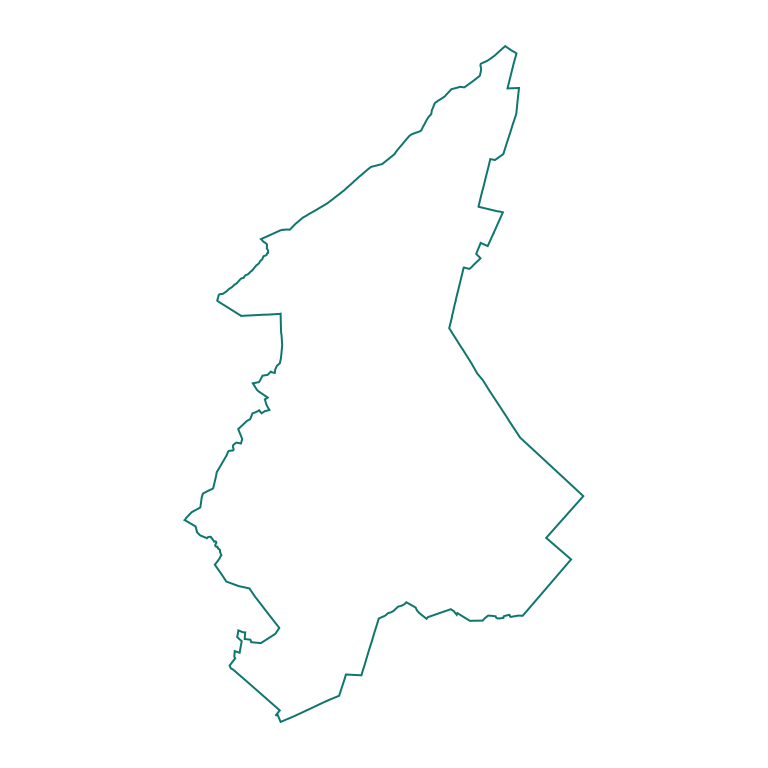 Bērzkalnes pag., Balvu, Latvia
{"feature_id": "27541924B58217597236828", "entity_name": "Bērzkalnes pag.", "entity_type": "district", "adm_level": 2, "iso_a3": "LVA", "parent_name": "Latvia", "parent_adm1": "Balvu", "projection": "mercator", "projection_center": [27.376, 57.121], "detail": "fine", "context": "isolated", "style": "outline", "palette": "teal", "viewbox_px": 768, "rotation_deg": 0, "n_neighbors": 0, "source": "geoboundaries", "source_scale": "gbopen_adm2", "svg_char_len": 6036}
<svg xmlns="http://www.w3.org/2000/svg" viewBox="0 0 768 768"><path d="M509.1,420.9L506.4,416.5L489.1,390.2L483.0,380.4L477.2,373.4L471.2,362.9L462.7,349.4L461.3,347.4L449.2,328.2L452.0,317.0L452.1,315.3L452.7,313.7L454.9,303.6L455.3,302.4L455.8,300.3L455.9,299.4L456.4,297.4L459.8,283.6L463.7,267.5L464.0,267.5L469.2,268.9L469.5,268.9L472.2,266.5L473.5,265.0L480.5,258.3L476.2,253.8L480.7,242.9L487.7,246.1L493.3,233.7L493.6,233.5L493.5,233.3L494.9,230.2L502.9,212.3L499.0,211.4L497.8,211.4L478.6,206.8L478.5,206.5L482.5,190.1L482.7,189.7L483.2,187.9L485.7,177.7L488.6,166.2L490.3,159.1L495.0,160.0L498.9,157.2L503.3,154.1L507.5,140.9L510.3,132.4L512.7,124.6L516.3,113.8L517.5,101.4L519.0,88.0L507.5,88.4L513.7,63.4L516.5,53.4L514.3,52.0L511.8,50.7L505.2,46.1L500.0,50.7L494.8,55.5L492.7,57.0L489.4,59.4L487.1,60.9L481.3,63.5L481.0,63.7L480.7,64.0L480.6,64.5L480.4,65.3L480.5,65.9L480.6,66.4L480.8,66.9L480.9,67.5L481.1,69.1L481.1,69.9L480.9,71.0L480.0,75.2L479.9,75.6L479.3,76.2L472.5,81.5L469.5,83.6L465.9,86.3L464.3,87.3L464.0,87.3L459.5,86.8L459.3,86.9L458.4,87.4L457.9,87.5L451.4,89.2L451.2,89.4L448.9,91.9L445.7,95.3L445.4,95.7L444.8,96.4L441.7,98.5L437.5,101.1L436.9,101.7L435.5,102.5L434.8,103.2L434.6,103.5L434.2,104.6L434.2,104.8L433.8,105.2L433.6,106.1L433.2,107.3L431.9,110.1L431.8,110.6L431.3,113.9L430.8,114.6L428.6,116.9L428.0,117.8L426.4,120.4L424.5,124.2L422.9,126.9L421.6,129.8L421.2,130.4L420.7,130.9L420.2,131.2L416.5,132.5L411.9,134.2L411.1,134.7L409.7,135.7L409.2,136.1L406.9,138.7L402.0,144.6L398.9,148.2L396.4,151.3L394.3,154.4L393.6,154.9L382.5,163.8L382.0,164.1L380.8,164.4L374.6,166.0L371.4,166.8L370.7,167.1L367.7,169.5L358.9,177.0L354.2,181.2L351.7,183.6L346.8,187.8L344.1,190.4L341.7,192.2L328.4,202.5L326.9,203.6L314.0,211.2L309.0,214.0L306.0,215.9L303.6,217.2L302.5,217.9L301.4,218.9L298.5,221.3L295.0,224.3L289.8,229.7L286.2,229.5L284.4,229.8L284.0,229.9L283.5,229.7L282.1,229.9L280.3,230.4L261.0,239.1L261.9,239.9L262.8,241.1L263.5,241.8L264.6,242.4L266.1,243.5L266.8,244.2L267.0,244.6L267.0,245.8L266.8,248.2L267.1,249.0L267.7,249.7L268.1,251.0L268.2,252.6L268.0,253.0L267.2,253.3L266.9,253.8L266.7,254.5L266.5,255.0L265.9,255.4L264.0,256.0L263.4,256.4L262.8,257.9L262.3,259.2L261.7,259.9L260.8,260.4L260.3,261.0L259.1,263.1L258.4,263.9L257.6,264.4L256.4,265.3L253.6,268.7L253.1,269.5L252.8,269.6L252.6,269.9L252.4,270.0L251.7,271.0L250.9,271.4L250.3,271.9L250.1,272.2L249.5,272.7L249.4,273.0L247.8,274.4L246.0,275.0L245.3,275.4L244.3,276.7L243.6,277.9L242.2,278.2L241.5,278.3L240.2,279.4L238.1,281.8L236.8,283.2L236.2,283.7L234.6,284.6L231.6,287.4L229.2,288.8L226.5,291.4L224.3,292.8L223.3,293.6L222.1,294.0L220.3,294.1L219.5,294.3L218.9,294.9L218.6,295.4L217.8,298.8L217.4,299.5L217.3,300.8L220.4,302.9L240.9,315.7L241.0,315.9L248.5,315.5L250.7,315.4L263.6,314.7L268.5,314.6L279.9,313.9L280.6,313.7L281.0,329.6L281.2,333.4L281.5,334.5L282.2,345.2L281.2,355.7L280.9,358.5L279.8,363.3L276.9,365.8L276.2,367.3L275.2,369.6L274.8,372.9L271.9,372.3L270.9,371.6L267.5,374.9L262.5,375.7L259.3,381.8L258.7,382.2L252.8,383.3L256.8,389.6L257.5,390.4L258.9,391.6L267.8,397.6L267.5,397.9L264.9,399.4L266.3,404.3L267.2,406.2L269.4,409.9L266.7,410.8L264.9,411.1L261.6,413.3L260.2,411.7L259.2,410.3L257.6,411.3L254.6,412.6L252.5,413.3L250.2,419.2L247.2,420.7L238.2,429.1L242.1,438.7L242.2,438.9L242.1,439.4L241.0,443.5L236.8,442.7L236.4,442.7L236.0,442.8L234.0,444.4L233.4,444.9L233.2,445.2L233.0,445.6L232.9,446.9L233.0,447.3L233.5,448.7L233.6,449.2L233.6,449.5L233.4,449.9L233.3,450.2L233.0,450.4L232.7,450.5L229.2,450.8L228.9,450.9L228.6,451.1L227.9,452.0L227.1,454.3L226.3,455.9L219.1,468.3L216.7,472.2L216.4,474.2L216.3,474.7L216.1,476.0L213.3,487.8L213.0,488.3L212.8,488.6L212.0,489.1L210.0,489.9L203.0,493.5L202.4,495.1L201.9,496.7L201.7,497.6L201.6,498.3L200.4,507.1L200.2,507.4L200.0,507.6L199.8,507.8L193.4,511.2L191.7,512.2L189.7,514.2L186.5,517.6L185.7,518.7L185.0,519.9L184.7,520.1L193.7,525.3L194.1,525.6L195.6,526.4L195.6,526.8L195.8,527.4L196.1,527.9L196.1,528.8L197.0,531.4L196.8,531.7L197.2,532.5L199.3,534.5L200.1,535.4L202.7,536.4L204.4,537.2L206.3,537.8L206.6,538.2L207.2,538.0L208.1,537.1L209.6,536.8L210.7,536.8L211.1,537.1L211.2,537.5L211.4,538.0L212.0,538.3L212.2,538.6L212.5,539.0L212.6,539.5L213.2,540.1L213.5,540.4L214.0,541.6L215.6,541.4L215.9,541.6L216.2,542.0L216.4,542.4L216.2,543.0L215.9,543.7L215.5,544.2L215.2,545.4L215.3,545.9L215.7,546.3L216.0,546.6L216.5,546.8L216.9,546.6L217.5,546.8L217.7,547.3L217.8,547.7L217.9,548.3L218.1,548.6L219.3,549.3L220.0,550.0L220.0,551.9L221.4,555.4L220.7,556.1L220.2,556.9L219.7,558.1L219.4,558.7L217.5,561.3L214.8,564.7L220.6,572.9L226.4,581.6L238.7,586.1L249.4,588.4L254.9,596.5L261.8,605.4L268.7,614.4L279.3,627.9L275.3,633.9L260.9,643.1L251.2,642.2L250.4,639.7L244.7,639.0L245.2,632.4L243.3,632.3L241.7,631.8L238.4,630.4L237.2,637.1L241.7,641.2L239.6,652.8L234.7,651.1L234.3,656.8L235.2,658.3L229.6,665.6L230.9,668.4L232.9,669.4L244.8,679.7L279.8,710.4L275.5,715.7L277.6,714.7L280.6,721.9L293.9,716.3L308.1,709.7L322.0,703.1L329.3,699.8L339.1,695.8L344.7,678.7L345.9,674.5L361.4,675.3L363.1,669.5L364.6,665.1L366.1,659.8L369.1,649.8L370.6,645.0L371.8,641.4L374.1,633.5L375.4,629.4L377.5,622.7L378.7,618.6L380.5,617.7L384.5,616.0L385.6,615.3L388.0,613.2L388.4,613.0L390.2,612.6L390.9,612.3L393.0,611.3L393.5,610.9L394.2,610.4L395.7,608.8L396.6,608.1L397.5,607.1L398.2,606.6L398.8,606.4L400.4,606.1L401.5,605.7L403.6,604.7L404.2,604.3L404.9,603.7L406.4,602.3L415.6,607.5L416.4,609.2L416.8,610.0L417.5,611.1L418.4,612.1L419.4,613.1L420.7,614.2L426.6,618.8L428.0,617.1L450.8,609.2L454.0,611.3L454.6,612.2L456.7,614.8L457.4,613.1L469.8,620.8L482.7,620.6L484.4,618.6L488.1,615.6L490.4,615.7L495.6,616.3L496.1,617.6L497.3,618.4L499.9,618.4L503.4,617.9L503.6,616.5L503.7,616.3L503.9,616.2L509.1,614.8L509.4,614.8L509.6,615.0L510.1,616.5L510.3,616.8L510.6,616.9L512.0,616.7L518.2,615.6L522.6,615.8L526.8,611.0L571.1,559.4L546.2,537.9L583.3,496.1L559.9,474.4L538.3,454.4L520.1,437.6L509.1,420.9Z" fill="none" stroke="#0f766e" stroke-width="2"/></svg>